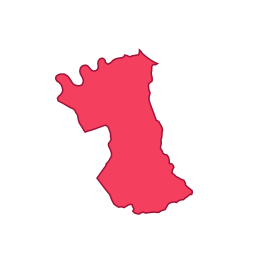 Itajaí, Santa Catarina, Brazil, rotated 299°
{"feature_id": "56859067B36867001106125", "entity_name": "Itajaí", "entity_type": "district", "adm_level": 2, "iso_a3": "BRA", "parent_name": "Brazil", "parent_adm1": "Santa Catarina", "projection": "orthographic", "projection_center": [-48.747, -26.968], "detail": "fine", "context": "isolated", "style": "filled", "palette": "rose", "viewbox_px": 256, "rotation_deg": 299, "n_neighbors": 0, "source": "geoboundaries", "source_scale": "gbopen_adm2", "svg_char_len": 2643}
<svg xmlns="http://www.w3.org/2000/svg" viewBox="0 0 256 256"><g transform="rotate(299 128 128)"><path d="M198.6,122.6L198.4,120.6L198.3,117.9L198.5,114.9L198.7,112.6L199.0,110.1L199.6,106.9L200.1,104.3L201.2,102.4L201.8,100.2L199.4,101.4L197.2,101.7L195.5,99.7L193.4,97.0L191.1,95.0L190.9,92.0L190.1,89.7L188.4,89.9L186.9,88.9L185.6,87.4L184.4,85.7L182.2,83.5L180.2,82.2L176.8,81.3L174.0,79.5L174.4,76.6L176.2,74.9L176.9,72.9L176.3,71.1L174.6,69.8L172.3,69.5L169.8,70.4L167.4,72.2L164.7,73.0L162.2,71.9L160.9,69.8L160.9,67.6L161.9,65.2L162.8,62.6L162.5,60.6L161.0,58.6L159.0,57.5L157.2,57.4L154.5,58.2L152.4,59.9L151.4,61.5L150.1,63.6L148.1,65.8L146.0,66.7L143.5,66.8L141.8,65.5L140.7,63.7L139.8,60.9L140.0,58.2L141.4,55.8L143.1,52.7L144.2,49.9L144.3,46.2L142.2,42.4L140.1,40.8L138.3,40.1L136.1,40.8L134.7,42.8L134.4,45.5L133.9,47.4L133.0,49.3L131.3,51.1L129.4,52.6L127.6,53.1L125.8,53.1L123.9,52.7L122.2,52.1L119.9,51.8L117.9,53.8L118.0,56.6L118.1,59.2L118.0,62.8L117.9,67.5L118.2,70.7L117.7,73.0L116.2,74.9L114.7,77.8L112.6,79.4L110.6,81.1L108.9,82.9L107.5,85.5L106.2,87.9L104.4,90.7L103.7,92.6L105.8,94.3L107.8,96.4L109.9,98.3L111.9,100.1L114.1,102.0L116.0,103.7L117.9,105.2L119.8,107.4L119.1,110.3L117.5,112.3L115.7,114.3L114.1,115.9L112.1,116.8L110.3,118.6L107.2,118.9L105.2,118.4L103.2,119.4L101.9,121.1L100.4,123.2L97.9,125.8L95.1,127.3L93.0,127.1L90.9,127.2L88.6,127.0L86.1,126.3L84.4,126.9L69.1,125.2L65.0,134.5L64.1,136.5L60.7,144.7L59.1,146.5L57.5,148.3L56.2,150.3L54.7,152.5L54.3,155.4L54.2,158.1L56.0,160.5L56.4,163.0L58.1,164.1L60.5,165.4L62.2,166.8L62.9,168.6L61.5,170.3L60.1,172.4L57.5,172.6L56.9,175.3L57.4,177.4L58.1,179.4L60.7,180.8L61.9,182.8L62.2,184.7L63.5,186.5L65.5,189.2L67.1,191.6L68.0,193.7L69.0,195.8L71.2,196.8L72.9,198.3L74.6,200.0L77.5,200.0L80.5,200.0L82.2,200.5L84.1,202.2L85.9,204.4L86.3,206.5L88.7,207.4L90.7,209.0L92.2,211.2L95.1,212.2L97.1,213.3L99.6,214.2L100.8,215.9L102.8,215.5L104.3,214.4L104.7,212.0L105.2,208.8L106.1,205.9L107.8,204.6L109.3,202.3L108.9,199.0L108.9,197.0L108.9,193.7L109.6,191.0L109.9,188.3L111.7,187.7L113.7,187.1L115.8,187.2L117.2,185.6L117.8,183.7L117.1,181.4L119.7,179.7L122.0,177.7L123.3,175.0L122.6,172.7L122.9,170.6L124.4,169.3L125.2,167.5L126.4,166.0L128.5,165.2L131.0,164.4L133.5,162.6L136.3,162.0L140.0,160.2L143.0,159.2L144.6,157.8L145.7,156.3L147.3,153.7L148.6,151.7L148.4,149.1L159.9,135.7L162.3,133.1L165.5,131.3L167.2,130.9L169.3,130.4L171.2,128.0L174.1,125.9L176.1,124.7L178.2,125.2L180.7,126.3L183.3,125.0L185.5,123.1L187.1,121.7L189.1,121.1L191.7,119.8L193.5,118.9L195.6,119.2L196.7,121.4L198.6,122.6Z" fill="#f43f5e" stroke="#9f1239" stroke-width="1.5"/></g></svg>